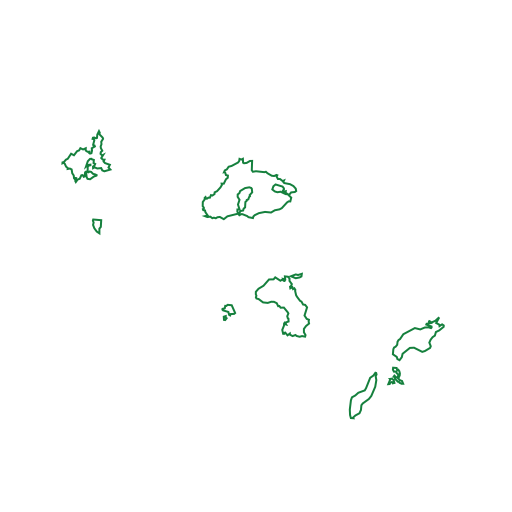 Voreioy Aigaioy, Voreio Aigaio, Greece (Mercator projection), rotated 328°
{"feature_id": "26713481B43979888680650", "entity_name": "Voreioy Aigaioy", "entity_type": "district", "adm_level": 2, "iso_a3": "GRC", "parent_name": "Greece", "parent_adm1": "Voreio Aigaio", "projection": "mercator", "projection_center": [26.018, 38.772], "detail": "fine", "context": "isolated", "style": "outline", "palette": "green", "viewbox_px": 512, "rotation_deg": 328, "n_neighbors": 0, "source": "geoboundaries", "source_scale": "gbopen_adm2", "svg_char_len": 6061}
<svg xmlns="http://www.w3.org/2000/svg" viewBox="0 0 512 512"><g transform="rotate(328 256 256)"><path d="M294.6,166.4L293.5,164.9L292.0,166.6L290.3,167.2L283.0,166.7L280.1,165.8L277.2,167.1L274.9,166.9L273.3,168.0L273.9,168.2L274.0,169.2L273.4,171.4L274.8,172.9L273.5,174.7L271.2,175.0L267.0,177.6L265.2,176.4L264.7,177.7L262.2,179.0L257.3,180.4L254.7,180.1L253.6,181.5L251.0,181.6L250.1,180.5L247.8,182.1L246.6,181.3L244.7,181.4L244.1,180.9L244.4,179.3L243.3,179.5L242.5,180.8L239.5,182.0L237.2,185.5L237.4,187.3L236.9,188.1L235.8,188.1L235.6,189.2L236.9,190.4L236.3,192.1L236.5,196.1L233.9,195.2L235.4,197.2L238.1,198.4L239.0,200.8L240.6,201.2L241.9,202.7L243.8,202.7L246.0,203.7L248.2,207.7L252.8,207.2L262.6,210.4L263.5,210.0L263.8,208.3L264.9,206.7L266.7,207.8L268.0,202.8L271.8,199.6L271.8,196.1L273.1,194.1L275.2,193.9L277.0,192.5L282.7,192.6L286.7,194.2L288.0,195.8L288.1,196.7L286.5,200.0L282.9,201.0L282.6,202.1L281.3,202.4L279.5,203.9L277.9,203.6L277.5,204.2L275.6,204.6L272.5,209.0L270.6,209.3L269.2,210.6L266.5,209.6L263.4,211.7L263.5,212.6L265.7,212.7L266.7,213.4L269.7,217.5L270.2,219.1L273.5,222.2L274.7,221.1L276.5,220.7L281.2,221.2L287.0,223.4L291.8,227.1L296.2,227.2L300.7,228.9L303.2,229.1L310.8,227.0L312.7,227.0L314.0,227.9L316.8,225.2L315.6,220.4L314.0,219.3L310.9,214.5L308.0,213.3L306.2,211.3L305.1,208.2L307.7,206.1L310.5,205.7L315.3,211.2L315.5,213.4L315.1,214.2L313.4,214.9L313.3,216.1L315.6,216.8L314.6,218.1L316.4,221.7L319.5,220.7L322.8,222.3L324.5,222.2L325.4,219.9L324.8,216.5L322.9,213.1L318.6,209.1L318.4,207.7L319.7,206.8L318.3,206.6L317.2,203.5L315.4,202.3L315.6,199.4L316.8,198.8L316.3,198.1L313.8,197.8L311.9,196.3L309.6,191.9L309.0,189.8L307.6,189.4L300.9,184.1L298.0,182.9L297.9,181.0L303.1,173.3L301.2,172.2L297.4,172.1L295.0,171.0L294.5,170.0L296.4,166.6L294.6,166.4ZM254.6,282.8L246.6,285.2L240.8,285.1L236.9,286.3L235.6,288.3L235.3,289.9L234.0,291.0L233.9,292.3L235.4,293.9L237.4,299.1L241.1,302.0L244.7,302.9L246.9,304.3L248.6,307.0L248.2,310.3L249.3,310.8L249.5,312.9L252.3,314.5L253.1,320.7L253.0,321.9L250.6,323.6L250.0,325.6L250.3,326.3L248.9,328.8L245.5,328.0L245.3,330.1L244.5,329.2L244.7,327.9L244.1,328.1L242.8,329.9L239.1,332.6L237.8,336.4L238.6,336.9L239.3,336.2L240.2,336.4L240.7,340.0L243.6,339.7L243.1,340.7L244.6,343.3L247.6,343.9L248.1,345.4L250.2,347.6L252.6,348.3L254.9,350.4L256.1,349.3L256.2,346.1L258.0,343.2L261.3,341.9L265.2,341.4L265.9,339.5L267.1,338.1L265.7,336.2L265.6,332.2L272.1,326.6L271.8,323.5L270.2,322.1L270.4,318.8L269.6,317.4L269.2,312.7L269.2,310.6L270.7,306.3L271.4,305.6L271.4,303.7L269.9,303.7L270.3,301.7L268.0,301.6L268.6,300.1L270.1,299.9L271.5,298.8L271.2,294.9L272.5,292.8L272.1,290.5L269.7,288.6L268.5,291.1L267.2,290.0L267.4,292.1L267.0,292.3L266.3,291.6L265.9,289.9L263.6,289.9L261.0,284.3L258.5,285.1L254.6,282.8ZM188.7,74.4L187.7,69.7L188.8,68.7L189.0,66.9L185.8,68.9L183.7,71.6L182.7,71.4L181.5,69.7L180.4,69.3L179.5,70.1L180.3,70.9L180.2,72.2L176.8,75.4L176.7,75.9L177.6,76.7L177.4,77.7L173.8,77.6L172.8,79.7L170.9,81.6L169.5,81.2L169.1,80.3L170.0,79.2L168.5,78.5L167.8,77.2L167.5,76.2L168.7,74.4L165.8,74.0L164.2,71.5L162.0,72.7L159.8,72.3L155.0,74.1L153.4,71.3L147.9,73.8L145.8,73.6L143.0,74.5L141.5,74.1L141.0,74.8L142.2,74.9L142.7,76.4L142.3,79.6L143.0,81.7L142.4,82.4L144.5,83.2L145.5,84.9L144.0,88.5L144.1,91.1L142.9,93.6L143.0,94.3L143.6,93.7L144.7,94.6L142.5,96.6L142.4,97.8L145.3,96.6L147.4,97.1L150.7,95.0L151.8,95.5L151.9,97.6L152.9,97.7L155.4,94.5L156.7,94.4L157.4,95.0L155.8,95.9L154.2,99.3L154.0,101.3L156.0,103.0L160.6,102.7L163.3,103.3L163.7,103.0L163.1,101.9L161.3,99.9L160.8,97.4L159.7,96.2L158.4,96.3L157.9,95.3L160.6,91.1L162.0,90.7L163.7,91.3L164.0,90.8L161.7,89.7L159.2,90.1L163.6,86.5L166.7,85.7L168.0,86.4L168.0,87.0L169.4,88.6L167.5,91.1L168.4,92.7L166.9,93.7L165.2,93.8L164.4,95.2L166.1,95.3L167.8,97.7L171.3,99.4L171.0,101.9L172.3,103.8L178.3,105.5L177.8,102.8L180.4,101.2L177.2,97.2L176.8,95.1L178.5,94.0L177.1,93.0L176.7,90.9L180.0,89.3L178.8,89.2L178.3,87.0L179.4,85.7L181.4,85.3L181.6,82.4L182.3,80.8L184.2,79.3L185.3,77.1L188.4,75.6L188.7,74.4ZM352.5,401.3L339.5,400.4L334.1,402.8L332.4,402.8L330.6,403.7L328.7,406.1L326.4,406.9L324.6,406.8L323.1,407.8L320.0,411.9L321.9,416.2L321.3,418.3L322.5,420.4L326.0,419.1L328.5,416.6L337.8,415.5L341.4,417.5L346.2,425.4L348.9,426.1L354.9,426.2L356.4,425.1L357.1,421.3L359.8,419.5L362.8,418.4L365.5,418.3L368.3,415.8L371.9,416.2L377.6,415.5L378.4,414.4L377.6,412.6L374.5,412.7L375.1,411.4L373.3,408.3L378.1,405.6L378.0,405.2L373.8,406.0L370.2,405.5L368.8,404.4L368.6,403.5L369.2,402.7L367.9,403.3L367.5,404.3L368.0,405.2L364.8,403.9L364.1,404.4L367.5,408.8L367.0,409.7L366.2,409.9L364.6,408.0L361.3,406.1L356.4,405.3L352.5,401.3ZM295.9,418.9L295.4,418.3L292.2,419.6L288.3,419.8L279.3,426.4L277.0,427.6L270.3,426.2L266.3,426.9L262.5,426.7L260.1,428.6L254.2,435.9L251.5,440.7L250.6,443.7L252.5,445.1L252.5,444.5L255.8,443.9L260.4,444.2L263.4,442.2L266.3,438.4L268.4,437.6L275.9,437.1L279.6,435.8L287.8,430.1L292.3,425.0L293.8,421.3L295.4,420.4L295.9,418.9ZM135.2,153.8L137.7,149.8L139.8,149.1L143.7,143.6L137.3,138.8L136.4,139.6L136.0,141.6L134.3,143.3L133.6,146.8L133.9,150.9L135.2,153.8ZM203.5,282.0L201.8,283.8L199.6,283.1L199.1,283.7L199.3,284.7L202.9,288.8L202.0,291.6L202.3,292.3L202.6,292.7L203.5,291.7L206.8,293.5L208.1,293.3L209.3,284.9L206.1,282.4L204.3,282.6L203.5,282.0ZM315.2,427.9L315.9,425.5L313.1,423.4L311.9,424.9L311.7,427.2L313.7,428.3L313.2,429.7L313.9,432.1L311.5,434.2L310.5,433.0L310.0,430.8L308.8,431.3L309.4,431.9L308.9,434.1L309.7,437.8L310.4,438.2L310.6,439.7L311.9,441.6L313.1,442.3L313.6,439.4L312.3,437.7L311.7,435.3L314.6,433.4L315.8,431.8L316.5,429.6L316.4,427.9L315.2,427.9ZM279.9,292.7L274.9,291.7L277.9,295.9L281.7,297.3L283.7,297.4L285.4,295.4L281.6,294.4L279.9,292.7ZM307.0,434.2L306.2,432.0L304.5,431.3L304.6,431.7L300.3,434.8L301.5,435.4L302.6,434.7L304.5,434.9L305.1,435.7L304.7,436.5L306.1,437.0L307.0,434.2ZM195.9,294.0L198.1,293.2L197.7,292.1L198.5,290.9L196.5,290.4L195.0,293.2L195.9,294.0Z" fill="none" stroke="#15803d" stroke-width="2"/></g></svg>